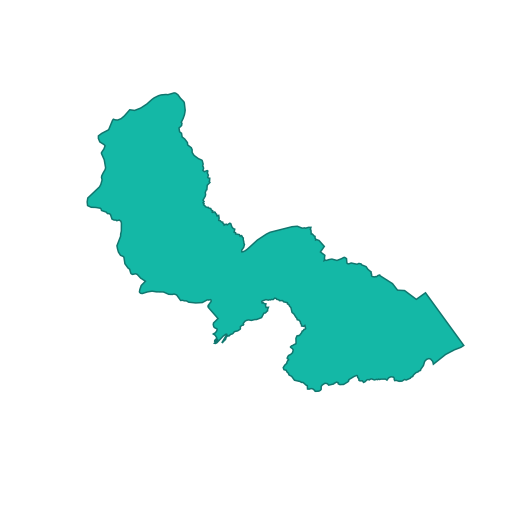 the district of Salcedo, Cotopaxi, Ecuador, rotated 54°
{"feature_id": "8360857B66602561776891", "entity_name": "Salcedo", "entity_type": "district", "adm_level": 2, "iso_a3": "ECU", "parent_name": "Ecuador", "parent_adm1": "Cotopaxi", "projection": "equal_earth", "projection_center": [-78.584, -1.057], "detail": "fine", "context": "isolated", "style": "filled", "palette": "teal", "viewbox_px": 512, "rotation_deg": 54, "n_neighbors": 0, "source": "geoboundaries", "source_scale": "gbopen_adm2", "svg_char_len": 6130}
<svg xmlns="http://www.w3.org/2000/svg" viewBox="0 0 512 512"><g transform="rotate(54 256 256)"><path d="M306.4,333.9L306.0,332.8L305.6,329.7L304.2,327.9L303.9,325.5L304.8,325.0L304.5,322.6L305.1,320.9L305.1,320.1L304.5,317.9L305.8,314.8L305.9,311.9L305.7,311.4L304.0,310.2L303.8,308.3L304.4,307.0L304.2,306.3L303.0,305.9L302.3,303.3L302.5,301.5L303.3,299.6L305.4,297.6L306.6,294.5L307.7,292.9L309.1,287.7L306.9,283.3L307.6,281.8L307.1,279.4L307.2,278.9L305.9,277.8L304.8,276.1L303.6,278.1L301.6,277.4L300.6,276.1L299.4,277.3L298.0,277.6L297.7,278.6L296.2,278.1L296.1,277.2L297.1,273.6L299.0,271.9L299.4,270.6L300.1,270.0L300.2,269.0L301.3,267.8L301.1,265.6L302.3,264.6L303.3,264.7L304.7,263.3L305.9,263.3L307.7,260.7L309.3,260.6L312.2,258.0L313.2,258.7L314.9,257.9L315.8,258.3L318.3,258.1L322.8,260.0L325.3,259.4L328.9,259.7L330.2,259.5L331.8,260.1L333.0,259.0L335.1,258.7L336.3,259.4L338.3,259.6L339.4,260.3L341.0,258.7L340.9,257.3L343.8,258.4L344.1,259.2L343.6,260.3L344.2,261.6L343.9,262.7L344.9,264.3L345.7,267.1L345.7,268.2L345.2,268.5L344.7,269.9L346.1,272.1L350.0,274.8L350.5,275.6L350.1,276.7L349.9,279.3L349.6,280.0L349.8,281.5L350.2,281.7L352.3,281.0L353.9,281.1L355.7,283.3L356.0,285.8L355.6,288.2L356.6,290.4L357.3,291.0L358.6,290.5L359.2,290.7L359.4,292.1L360.2,293.6L360.9,294.1L361.2,296.9L362.3,299.6L364.4,300.2L366.3,298.7L368.0,299.1L369.9,298.7L371.6,299.2L374.3,297.9L379.1,297.9L383.6,294.0L384.9,293.6L386.0,292.2L389.9,291.4L391.0,290.7L393.9,292.5L395.0,291.2L395.6,289.4L396.9,288.1L398.0,288.0L398.8,287.5L400.2,287.7L400.7,287.1L402.3,284.5L402.5,282.7L402.1,281.6L399.8,279.9L399.3,278.1L399.5,275.0L401.2,273.3L403.2,273.1L405.2,268.4L404.9,267.4L405.2,266.7L405.3,265.0L406.7,264.0L407.7,264.6L409.3,263.8L411.4,260.6L411.8,255.6L411.5,254.3L410.9,254.2L410.6,253.6L411.1,247.6L411.7,245.0L412.3,244.4L414.2,245.1L415.6,244.9L417.1,245.8L418.1,245.3L419.5,243.3L421.5,243.3L421.8,241.7L421.4,239.1L421.8,238.0L422.9,237.1L422.8,236.0L423.4,234.7L425.8,233.1L426.8,230.7L427.5,230.3L427.7,229.1L428.5,228.7L429.0,227.4L431.7,223.6L433.4,223.0L432.5,220.4L433.0,217.8L434.8,216.0L436.1,216.0L437.2,216.8L438.4,217.0L439.0,215.7L441.6,213.8L441.8,212.9L442.4,212.6L443.1,211.2L443.1,209.3L443.3,208.3L444.6,207.4L445.6,202.9L445.2,202.1L445.6,199.9L445.2,199.6L444.7,197.9L444.4,195.2L445.0,192.8L444.8,191.5L445.3,190.2L444.6,189.5L443.0,184.9L440.4,181.5L439.9,178.7L440.6,176.4L442.0,175.3L445.2,175.0L447.8,176.1L447.1,160.5L448.5,150.7L450.3,144.0L450.5,140.5L385.4,140.5L385.3,151.8L371.3,156.1L366.8,161.6L358.6,161.8L344.7,167.3L344.1,167.1L343.5,168.6L343.6,170.6L342.8,171.6L342.6,172.5L340.8,174.1L339.8,174.1L338.6,173.1L337.5,173.1L336.7,172.2L332.6,173.3L329.3,173.2L325.3,175.7L324.3,175.6L322.5,177.1L322.1,179.1L317.6,183.1L316.9,185.6L316.2,186.3L315.1,186.6L311.3,184.3L309.2,185.1L308.7,186.1L308.5,188.1L307.2,193.1L303.1,196.4L301.8,199.0L301.0,201.6L300.1,202.4L299.8,203.6L298.9,202.3L298.2,202.1L295.9,199.9L290.6,201.5L288.4,195.1L280.5,195.9L278.4,197.3L278.1,198.3L277.5,197.7L276.4,197.8L274.8,196.7L274.0,197.2L271.3,197.5L270.7,198.4L267.3,196.3L266.5,196.5L265.1,194.7L263.7,196.6L262.6,199.7L261.9,200.0L260.7,202.2L256.2,205.1L253.5,209.6L245.1,230.6L244.4,234.7L243.9,245.5L245.4,259.0L245.4,261.9L244.9,264.2L244.2,265.1L242.8,264.0L241.8,260.9L239.8,258.5L238.4,258.3L237.7,257.7L235.1,256.6L234.0,255.7L232.5,256.0L231.9,255.6L230.8,255.9L230.6,257.2L228.9,256.9L226.2,259.5L225.1,258.8L223.8,259.7L221.8,257.4L220.4,258.3L218.2,258.4L215.0,257.4L214.1,257.9L213.9,261.0L212.7,261.4L212.3,263.6L211.5,263.1L210.2,263.6L209.1,263.0L208.1,264.0L206.5,264.2L205.3,265.2L203.7,263.6L201.2,262.3L200.8,263.9L200.5,264.1L199.2,263.3L197.7,263.7L196.8,263.3L195.7,264.0L195.5,265.3L194.7,265.7L194.0,264.5L192.5,265.1L191.0,264.7L189.5,266.0L188.4,266.1L188.2,266.8L186.3,268.0L185.3,267.8L183.8,268.3L183.0,267.2L181.8,267.6L181.4,266.0L179.7,266.1L177.7,261.8L176.6,260.6L174.9,259.8L173.4,257.6L173.5,256.8L170.1,253.9L169.4,250.0L168.1,250.0L167.8,249.3L165.9,247.7L165.0,248.7L163.9,248.8L162.6,247.0L160.1,246.6L159.6,245.6L158.7,245.0L158.2,245.3L157.4,248.2L155.5,248.7L154.3,246.9L153.0,246.3L151.9,246.3L150.5,244.7L147.4,243.5L146.6,243.5L143.3,245.4L138.2,247.0L134.7,246.8L132.5,245.2L130.4,244.7L126.0,246.0L123.9,244.8L119.4,244.9L116.3,245.8L112.9,244.1L110.6,244.8L107.2,243.1L106.7,239.5L105.1,237.9L103.9,237.9L101.9,234.1L99.7,230.9L97.9,229.0L96.4,227.6L90.0,224.0L88.7,223.7L83.9,224.4L79.6,224.4L77.0,225.3L75.9,226.4L73.7,232.5L72.4,233.9L69.9,238.1L69.0,240.7L68.2,245.4L68.2,248.2L68.9,255.0L68.5,262.5L66.9,268.6L63.5,272.2L65.3,280.2L65.6,284.5L64.7,288.0L63.2,289.8L61.5,291.0L61.9,292.3L67.0,300.6L67.2,301.5L66.1,308.9L66.2,312.9L68.2,314.4L71.9,315.3L76.7,313.4L78.1,313.3L80.0,316.1L81.5,320.2L82.3,320.8L88.9,322.2L96.2,325.8L97.4,327.2L98.9,330.7L100.5,333.7L101.6,334.8L104.0,335.8L106.9,339.5L108.1,342.0L110.2,358.0L113.0,360.8L116.2,362.6L119.7,360.7L122.6,357.0L125.9,353.8L126.9,353.7L128.4,354.2L132.4,351.4L134.4,351.2L135.6,349.7L137.0,349.4L141.5,350.8L143.5,349.7L144.6,348.2L145.6,347.9L146.5,345.5L148.4,344.9L150.2,345.5L156.7,350.3L158.7,352.6L160.4,353.9L166.0,362.5L168.5,363.7L172.0,365.0L175.8,365.2L178.3,363.7L179.4,363.6L185.2,366.6L190.5,366.6L192.4,366.0L196.3,367.4L197.3,367.3L198.4,366.6L199.5,364.0L201.0,362.9L206.2,362.3L211.4,360.3L212.4,366.2L214.8,369.6L216.5,371.4L217.2,371.5L218.4,371.2L219.5,370.1L221.3,364.8L223.4,360.7L226.4,357.7L230.7,352.0L235.7,349.1L237.9,346.3L238.6,344.6L240.8,343.1L247.7,343.1L248.5,341.6L250.3,340.2L251.3,338.7L253.8,337.6L258.5,332.4L262.1,326.8L262.8,321.4L263.2,320.6L263.6,320.5L264.6,318.4L265.4,318.3L266.4,319.0L267.9,323.8L268.4,324.3L268.8,323.8L269.5,324.8L284.3,323.5L285.2,329.7L286.3,330.9L288.5,331.8L290.0,331.5L291.9,330.4L292.7,330.7L293.5,331.8L294.2,333.9L294.0,336.4L296.1,335.6L299.0,335.8L299.7,336.8L300.0,339.0L300.5,339.4L300.7,336.3L301.1,336.3L301.8,338.6L302.2,340.9L302.9,340.3L303.2,338.7L301.5,329.6L301.6,326.1L302.1,325.7L303.0,326.3L303.2,327.7L305.9,334.1L306.4,333.9Z" fill="#14b8a6" stroke="#0f766e" stroke-width="1.5"/></g></svg>